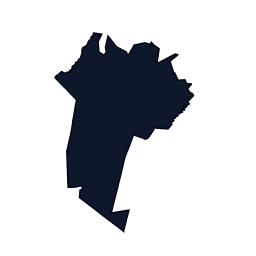 outline of Bubi, Matabeleland North, Zimbabwe, rotated 258°
{"feature_id": "62879985B291328644758", "entity_name": "Bubi", "entity_type": "district", "adm_level": 2, "iso_a3": "ZWE", "parent_name": "Zimbabwe", "parent_adm1": "Matabeleland North", "projection": "orthographic", "projection_center": [28.902, -19.567], "detail": "fine", "context": "isolated", "style": "filled", "palette": "ink", "viewbox_px": 256, "rotation_deg": 258, "n_neighbors": 0, "source": "geoboundaries", "source_scale": "gbopen_adm2", "svg_char_len": 3852}
<svg xmlns="http://www.w3.org/2000/svg" viewBox="0 0 256 256"><g transform="rotate(258 128 128)"><path d="M104.7,61.0L90.2,58.4L82.4,57.1L81.2,64.2L81.3,68.7L81.1,71.1L77.0,70.3L77.3,68.8L77.3,68.2L70.1,66.1L60.6,74.2L58.6,76.0L57.8,76.7L51.1,82.3L47.5,85.3L42.8,89.4L37.0,94.5L36.9,94.6L27.9,102.2L28.0,102.2L32.1,104.2L36.8,106.6L37.2,106.6L44.6,110.4L47.5,111.8L48.2,96.7L48.3,93.9L55.8,97.5L59.4,99.3L67.8,103.4L69.7,104.4L73.5,106.2L75.9,107.3L81.9,110.3L85.4,112.0L88.3,113.3L93.5,115.8L93.5,115.7L99.3,118.5L102.7,120.5L106.5,123.2L114.4,128.3L120.2,131.9L117.9,135.8L114.7,141.0L113.6,142.4L113.6,144.3L114.1,145.4L114.7,146.3L120.5,152.3L120.1,152.3L122.6,153.6L118.8,166.9L122.4,171.5L124.9,171.7L125.1,171.7L125.3,174.0L125.8,174.1L126.0,174.3L126.9,174.0L128.3,175.2L128.5,175.3L127.9,175.9L127.9,176.0L129.1,177.5L129.8,177.4L129.9,177.5L129.9,177.9L130.0,178.0L129.4,178.4L129.4,178.5L129.7,179.5L129.8,179.6L130.2,179.0L131.6,179.3L131.8,179.9L131.8,180.0L131.7,180.8L131.2,181.3L132.0,182.2L132.0,182.3L132.9,182.1L133.0,182.8L133.5,182.8L133.4,183.1L132.7,183.4L132.0,183.8L132.1,184.4L133.4,184.2L133.5,184.2L133.5,184.8L134.0,184.9L134.3,185.9L133.8,186.6L134.3,186.9L134.3,187.0L135.6,186.4L136.8,186.6L136.9,186.9L136.3,187.1L136.1,188.1L135.9,188.3L137.5,190.3L137.9,190.1L138.8,193.0L141.3,191.7L146.1,198.8L148.4,198.0L149.2,196.9L150.0,196.0L152.2,195.0L152.2,194.9L153.6,194.6L154.0,194.4L155.9,196.8L157.5,198.9L157.9,198.9L158.0,198.9L159.2,194.5L163.3,193.7L164.3,187.0L172.1,185.1L171.9,184.2L184.6,182.9L189.2,191.9L189.3,191.9L189.5,191.7L189.7,191.4L189.8,190.9L189.9,190.7L190.0,190.4L190.1,190.2L190.3,189.8L190.5,189.6L189.4,185.4L186.9,176.7L185.0,169.7L191.5,172.1L191.9,172.2L192.0,172.2L192.0,172.3L198.6,174.7L199.1,174.9L203.0,171.1L207.0,168.5L205.1,167.3L207.8,162.1L207.8,151.3L198.3,142.7L202.6,142.3L209.8,133.6L222.1,127.6L211.6,122.7L206.5,122.6L204.8,120.1L204.6,118.5L205.9,118.0L206.2,117.2L206.8,117.0L207.2,116.7L207.8,115.6L208.5,115.4L218.5,116.6L225.2,121.8L228.1,114.1L227.8,113.8L227.0,113.7L226.3,113.4L226.1,113.3L225.8,113.0L225.7,112.9L225.6,112.4L225.4,112.1L225.3,111.9L224.9,111.7L224.6,111.2L224.2,110.5L224.0,110.3L223.8,110.3L223.3,110.6L223.0,110.6L222.6,110.5L222.3,110.2L222.1,109.8L222.0,109.0L221.9,108.4L221.6,108.1L221.1,107.7L220.9,107.6L220.5,107.0L220.1,106.7L219.5,106.4L219.0,106.1L217.7,104.9L217.2,104.3L216.8,103.7L216.7,103.1L216.6,102.5L216.3,102.1L216.2,101.9L216.2,101.6L216.1,101.4L216.1,101.2L216.0,100.8L215.9,100.8L215.9,100.7L215.7,100.5L215.6,100.4L215.4,100.1L215.2,100.0L215.1,99.9L214.9,99.7L214.3,99.5L214.2,99.5L214.2,99.4L213.8,99.4L213.4,99.3L212.6,98.9L212.4,98.9L212.2,98.8L212.0,98.7L211.9,98.7L211.7,98.7L211.4,98.7L211.2,98.8L210.7,98.8L210.1,98.5L209.6,98.0L209.0,97.6L208.9,97.5L208.7,97.4L208.1,97.0L207.5,96.7L207.3,96.6L207.2,96.6L206.2,96.2L205.9,95.1L205.5,94.3L205.4,94.3L205.4,94.2L205.2,94.0L205.1,93.8L204.9,93.7L204.3,93.2L204.2,93.1L203.4,92.6L203.2,92.5L203.2,92.4L203.0,92.0L203.0,91.9L203.0,91.4L203.1,90.7L202.8,90.3L201.6,89.8L201.5,89.7L201.3,89.6L201.2,89.5L201.0,89.3L200.9,89.2L200.7,88.9L200.7,88.7L200.6,88.3L200.3,87.4L199.9,86.7L199.7,86.5L199.7,86.4L199.4,86.1L198.4,85.9L197.9,85.8L197.4,85.9L197.2,85.8L197.1,85.6L197.2,85.1L197.1,84.7L196.4,83.3L196.4,83.2L195.5,82.6L195.4,82.5L195.3,82.4L195.1,81.7L195.0,80.7L195.2,80.0L195.2,79.9L194.9,79.3L194.8,79.2L194.6,78.9L194.9,77.4L196.0,75.8L196.8,75.1L197.0,74.7L196.9,74.3L196.8,74.2L196.4,73.8L195.3,71.7L195.1,71.5L194.7,71.2L194.5,70.9L194.4,70.7L194.4,70.1L194.3,69.4L194.3,69.0L192.4,67.0L192.1,67.3L185.6,71.3L181.6,73.9L178.7,75.9L177.1,76.8L166.3,83.5L161.2,81.5L161.2,81.4L153.7,78.5L146.4,75.5L146.2,75.6L140.5,73.4L137.6,72.3L132.7,70.2L125.7,66.9L121.1,64.8L117.8,63.3L114.4,62.7L104.7,61.0Z" fill="#0f172a" stroke="#020617" stroke-width="1.5"/></g></svg>